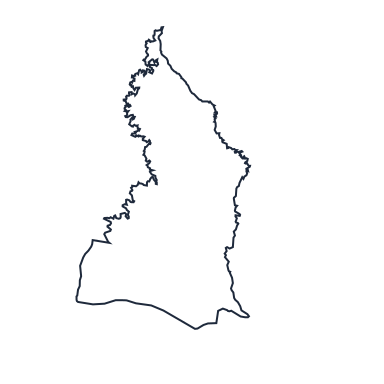 the district of Pedro Gomes, Mato Grosso do Sul, Brazil, rotated 291°
{"feature_id": "56859067B1353449899001", "entity_name": "Pedro Gomes", "entity_type": "district", "adm_level": 2, "iso_a3": "BRA", "parent_name": "Brazil", "parent_adm1": "Mato Grosso do Sul", "projection": "orthographic", "projection_center": [-54.213, -17.957], "detail": "fine", "context": "isolated", "style": "outline", "palette": "slate", "viewbox_px": 384, "rotation_deg": 291, "n_neighbors": 0, "source": "geoboundaries", "source_scale": "gbopen_adm2", "svg_char_len": 6073}
<svg xmlns="http://www.w3.org/2000/svg" viewBox="0 0 384 384"><g transform="rotate(291 192 192)"><path d="M281.1,179.7L282.9,176.4L281.6,175.9L282.2,174.3L280.2,169.2L281.0,167.6L280.9,165.4L284.1,158.8L284.3,156.6L285.9,154.2L290.0,150.2L291.1,147.9L292.2,147.1L294.5,142.3L294.4,141.3L295.5,140.8L297.6,137.5L297.3,135.1L298.0,134.5L298.3,132.1L299.7,128.9L302.1,126.6L303.3,123.7L305.9,122.3L307.6,120.4L309.5,114.7L311.0,113.2L312.1,113.1L312.9,111.8L318.8,109.8L321.6,108.2L323.5,105.7L325.4,105.2L329.5,107.0L331.4,105.9L335.5,105.8L334.8,104.5L332.5,104.7L331.5,103.9L329.9,101.4L329.9,100.0L328.9,99.4L325.8,100.6L324.7,100.7L324.2,99.9L323.2,100.2L321.8,101.1L320.3,103.4L318.5,101.5L318.2,100.2L317.2,99.6L317.3,98.6L318.4,98.2L318.7,97.1L317.5,96.9L316.0,95.1L314.9,95.5L314.6,96.4L312.5,96.0L310.8,96.9L310.5,99.1L306.7,98.7L305.2,100.3L304.7,101.6L303.6,102.1L301.9,101.1L298.8,100.6L298.4,99.5L297.6,99.3L297.1,101.7L294.4,103.0L293.7,105.4L297.3,105.9L297.7,105.1L301.6,107.3L301.7,108.3L299.4,110.5L302.2,111.2L303.3,112.1L300.6,112.6L300.5,113.6L299.0,114.6L296.9,113.8L297.5,111.7L296.8,111.0L295.7,107.4L294.5,107.4L293.5,108.1L293.4,110.1L292.1,110.7L292.1,112.0L291.3,112.5L288.3,112.2L288.5,109.2L290.4,109.6L290.9,108.5L290.6,105.9L286.0,106.8L285.4,106.2L283.3,105.6L284.1,104.9L287.2,105.5L287.8,104.7L288.2,103.8L288.0,102.7L286.5,103.1L285.5,102.2L286.5,101.8L287.6,99.7L286.8,99.0L282.7,99.5L283.3,98.4L281.9,96.8L280.9,96.7L280.2,97.3L279.5,96.5L279.3,94.3L277.5,94.8L278.0,95.7L277.2,96.8L277.3,97.7L275.1,98.4L274.9,97.0L272.7,96.9L273.1,96.1L272.2,95.1L270.1,95.3L269.5,96.3L270.2,97.1L268.6,98.0L269.5,99.0L267.8,100.1L266.6,101.8L269.2,102.2L270.6,105.3L269.8,105.5L268.4,104.7L264.2,105.1L261.9,104.3L262.8,103.8L262.9,101.7L261.8,100.8L263.6,99.8L262.5,97.5L261.4,97.8L260.3,99.1L259.3,98.7L258.5,96.6L257.2,96.3L256.3,97.3L255.0,97.4L253.8,95.1L252.9,95.5L253.0,97.6L251.7,98.6L251.2,99.6L251.7,100.7L250.5,101.8L251.1,102.8L250.3,103.8L248.7,102.6L249.6,99.6L248.6,98.8L247.6,99.6L246.6,99.0L245.5,99.2L244.8,100.9L243.5,100.2L243.6,101.8L244.7,103.6L242.6,103.0L240.9,103.8L239.5,103.3L238.9,102.5L238.2,103.3L238.7,105.0L241.7,107.2L242.8,109.1L241.2,110.3L241.6,111.6L239.5,111.5L238.8,110.9L239.6,110.6L239.9,109.4L237.3,108.6L236.4,109.3L232.7,109.1L231.7,112.5L231.9,113.4L232.7,113.2L234.1,114.2L233.6,115.5L234.6,117.3L233.5,117.3L233.0,118.2L231.7,118.7L232.0,119.8L229.6,119.6L227.7,117.2L227.2,118.2L226.3,117.9L225.1,115.2L223.4,115.1L223.2,119.2L224.8,119.6L224.3,120.3L225.6,121.8L224.8,122.3L225.9,123.5L225.6,124.6L226.6,126.8L226.6,127.9L224.0,127.0L222.8,127.5L223.1,130.9L222.3,131.8L223.3,133.0L225.1,133.5L224.5,134.5L223.5,134.7L222.9,135.8L221.7,135.8L221.3,134.4L217.9,133.3L217.1,132.1L214.5,132.7L213.0,132.3L212.7,133.3L210.8,133.6L209.3,133.3L209.2,134.7L206.8,137.5L204.7,137.6L204.2,139.3L206.1,140.9L205.6,142.0L203.6,141.8L200.9,140.0L200.5,141.2L199.3,141.9L199.1,144.3L197.9,144.6L198.2,147.6L196.7,145.6L195.8,145.4L194.0,148.1L193.9,152.0L192.2,152.8L190.5,154.8L188.5,154.5L189.8,152.0L192.0,149.9L191.3,149.0L189.4,148.4L186.5,148.3L186.2,146.9L185.0,146.5L181.8,147.6L181.2,144.4L181.8,143.2L181.7,141.4L181.2,140.1L181.9,138.6L179.2,138.8L177.3,137.7L176.4,133.9L175.3,134.4L174.1,133.6L172.4,135.7L171.4,135.5L170.6,134.3L168.5,134.4L167.3,137.1L163.0,139.7L162.7,141.3L161.5,141.1L160.8,139.1L160.7,138.2L161.8,136.2L161.7,134.1L161.1,133.3L158.3,134.4L156.8,135.7L156.5,133.6L154.8,132.0L153.7,132.4L153.1,136.4L151.9,137.5L151.0,140.1L147.7,140.3L146.3,141.8L144.9,142.3L144.1,141.5L145.6,138.7L147.7,138.6L148.4,136.8L145.9,133.2L143.1,134.4L141.8,134.4L140.8,133.3L140.5,130.7L142.6,128.7L141.9,128.0L138.9,128.2L139.3,125.1L137.9,124.3L137.6,122.3L136.3,119.5L135.5,119.4L134.9,126.8L133.8,127.6L131.9,127.3L130.3,125.3L129.3,125.5L127.9,129.7L126.4,129.7L122.9,125.5L121.2,125.2L115.4,131.6L114.9,133.0L111.5,116.5L107.5,117.5L104.9,117.5L100.1,116.3L95.9,114.5L91.9,113.9L83.0,114.0L73.6,118.7L69.5,118.9L63.9,120.9L60.0,120.6L54.2,122.0L53.1,121.6L49.9,122.9L48.9,123.7L48.5,125.0L51.6,139.8L56.4,150.4L63.7,159.6L66.8,167.9L67.4,169.9L68.0,179.6L71.5,194.6L71.1,207.8L65.3,243.8L66.5,246.1L72.0,250.4L75.0,254.0L78.3,261.7L90.4,259.0L94.2,262.6L94.3,267.1L93.8,268.3L94.1,269.8L95.2,271.2L93.2,282.0L94.1,286.5L95.1,289.1L96.4,289.7L97.8,287.5L99.2,280.6L102.7,277.9L105.6,274.3L106.9,270.9L108.2,269.3L113.0,266.6L114.5,264.2L115.9,263.0L121.6,262.8L126.3,260.1L130.2,256.2L131.2,256.3L131.3,254.8L132.1,254.0L136.4,251.1L140.1,251.3L143.0,246.1L145.2,246.3L146.2,244.6L149.3,245.5L151.9,243.6L153.1,244.5L152.7,247.4L155.2,249.9L164.3,247.1L166.7,247.7L170.0,245.2L172.8,246.4L176.9,246.1L179.0,246.6L179.5,245.8L179.3,244.2L179.9,243.4L183.5,243.3L184.8,241.3L185.9,241.0L186.8,245.1L187.9,245.1L188.5,244.3L189.3,239.2L190.0,238.7L193.1,238.3L195.3,239.0L195.0,236.8L200.8,233.4L201.7,233.2L204.0,234.4L211.1,232.2L212.8,232.4L214.4,233.6L217.5,233.1L223.8,233.6L222.7,235.3L225.2,235.4L227.1,236.8L229.2,236.8L230.8,235.4L231.7,235.4L231.6,236.9L233.1,235.9L232.4,234.8L233.2,234.4L236.3,236.9L237.2,236.8L236.8,235.9L237.2,234.8L238.7,233.0L237.8,232.2L237.9,231.1L238.7,231.1L240.8,232.5L242.9,232.2L243.0,230.6L242.3,229.8L244.1,227.9L243.3,227.4L242.9,228.2L241.9,228.5L241.4,227.2L242.5,225.0L243.5,224.8L243.4,223.6L244.4,223.9L244.9,222.5L246.1,222.7L247.7,224.5L248.1,223.7L245.9,220.8L245.9,219.4L244.6,219.1L244.1,218.2L244.8,217.5L247.1,218.6L246.7,217.5L247.3,216.2L246.3,214.3L247.1,212.7L247.0,210.1L246.0,210.0L245.4,209.1L249.4,207.1L249.4,202.7L250.4,201.9L251.7,202.9L252.1,201.1L253.0,200.1L252.5,198.8L254.9,196.8L256.7,196.5L255.5,194.0L258.1,190.9L261.7,190.7L264.8,189.3L265.5,188.7L265.5,187.6L266.4,188.0L268.1,187.0L269.0,187.6L270.0,186.0L271.0,187.6L271.6,187.1L271.5,185.6L272.3,185.1L273.6,187.1L274.5,187.2L275.4,186.7L274.7,184.9L275.9,185.2L279.9,181.5L280.8,182.1L281.1,179.7ZM188.5,154.5L188.4,155.6L186.7,156.3L186.6,155.3L188.5,154.5ZM232.0,119.8L232.1,120.8L231.1,120.7L232.0,119.8Z" fill="none" stroke="#1e293b" stroke-width="2"/></g></svg>